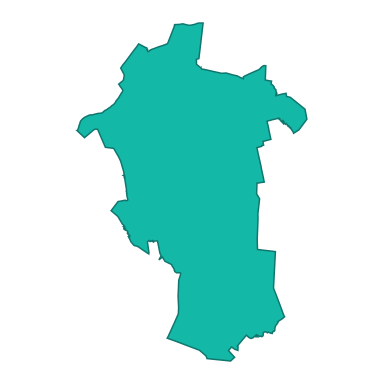 outline of Tila, Chiapas, Mexico
{"feature_id": "50627088B70545880619919", "entity_name": "Tila", "entity_type": "district", "adm_level": 2, "iso_a3": "MEX", "parent_name": "Mexico", "parent_adm1": "Chiapas", "projection": "natural_earth1", "projection_center": [-92.515, 17.37], "detail": "fine", "context": "isolated", "style": "filled", "palette": "teal", "viewbox_px": 384, "rotation_deg": 0, "n_neighbors": 0, "source": "geoboundaries", "source_scale": "gbopen_adm2", "svg_char_len": 5742}
<svg xmlns="http://www.w3.org/2000/svg" viewBox="0 0 384 384"><path d="M284.6,316.8L284.0,315.7L282.8,312.7L281.5,309.1L276.7,296.3L273.5,288.1L275.4,251.6L257.5,249.5L257.2,239.3L258.0,219.2L257.9,213.9L258.0,212.8L259.6,198.8L256.6,193.8L257.0,183.1L258.0,183.1L261.1,182.5L264.2,182.1L263.8,180.0L263.6,178.8L261.7,170.1L261.5,168.8L261.3,168.3L261.0,166.2L257.9,152.5L256.9,147.6L261.6,146.4L261.5,145.7L263.6,145.2L262.9,141.5L269.5,139.7L270.9,139.4L268.9,130.1L268.7,128.7L268.2,126.3L267.3,122.6L267.1,121.1L270.5,120.3L272.6,119.6L273.6,119.5L279.0,118.1L279.3,118.7L279.6,118.9L279.0,119.1L281.4,121.0L281.1,121.2L281.8,121.9L282.8,120.5L283.8,121.5L282.8,122.9L283.7,123.9L284.3,123.0L285.5,124.3L286.3,123.6L287.5,125.1L287.4,125.2L288.3,126.5L288.8,126.1L290.3,128.2L290.7,127.8L291.3,129.1L291.8,130.1L293.0,131.6L293.6,133.3L298.9,129.9L306.9,119.2L305.0,109.2L290.3,97.3L286.6,96.5L286.0,93.3L282.0,94.1L275.7,95.7L275.9,94.4L276.1,94.6L276.6,94.2L276.3,93.3L276.8,93.1L276.3,91.8L276.1,91.6L275.8,90.4L276.0,89.9L274.0,87.9L273.9,87.3L274.2,87.1L273.4,85.9L272.8,85.2L271.1,83.9L271.5,81.1L269.2,80.8L265.3,80.0L265.8,65.7L264.2,65.6L263.5,65.7L262.7,66.3L261.8,66.8L259.0,69.6L254.0,71.8L248.5,74.2L248.4,74.3L245.0,75.9L243.5,76.7L243.3,78.7L239.7,77.2L237.0,75.8L233.5,75.1L231.0,74.4L226.1,73.0L221.5,73.3L203.3,69.2L202.1,69.3L200.9,67.9L200.9,67.7L200.8,67.8L196.5,64.3L196.4,59.3L198.9,58.6L203.1,23.0L199.4,23.0L197.9,23.2L197.1,23.4L195.9,23.9L195.3,24.2L190.7,25.2L188.3,25.2L182.7,23.8L179.3,24.4L174.7,24.6L174.5,24.8L174.4,25.4L174.6,25.6L167.6,43.6L165.5,44.5L164.2,45.0L163.9,45.0L163.4,45.3L159.0,46.7L150.9,49.7L150.9,49.9L150.8,50.0L150.6,50.2L149.5,50.5L149.2,50.9L148.2,51.7L147.8,51.6L147.6,51.2L147.4,50.2L147.5,49.7L147.4,49.7L147.1,49.7L146.9,49.6L147.1,49.0L147.1,48.6L146.9,48.1L146.7,47.9L145.2,47.3L144.6,47.3L144.5,47.0L144.4,46.9L138.7,43.9L137.7,45.2L137.0,46.4L134.5,49.5L125.0,62.3L123.2,64.4L120.7,68.1L124.0,74.3L124.2,75.1L124.0,77.0L123.5,79.6L122.9,80.7L122.4,81.2L120.5,82.6L118.7,84.2L119.3,84.9L120.2,86.5L121.2,87.7L122.3,89.4L122.6,89.7L122.8,90.3L122.8,90.7L122.7,91.2L122.5,91.5L122.3,91.9L121.3,93.2L120.7,94.3L120.6,94.7L119.9,95.5L118.9,97.3L118.2,98.4L117.4,99.2L117.2,99.8L116.3,100.5L116.0,101.0L115.8,101.5L115.4,102.2L115.2,102.6L114.5,103.6L114.1,103.9L113.7,104.3L112.8,105.1L111.8,105.7L110.7,106.8L108.3,108.4L107.0,109.4L105.6,110.2L105.2,110.3L104.1,111.1L103.7,111.5L103.3,111.8L103.1,112.1L102.7,112.4L102.3,112.6L101.6,113.1L98.2,113.4L97.1,113.6L92.1,114.9L90.7,114.9L89.6,115.0L88.4,115.5L87.3,116.1L86.4,116.4L84.8,117.3L84.4,117.4L81.9,119.5L81.6,120.0L80.8,120.8L80.4,121.5L79.9,123.2L78.9,126.1L78.6,127.6L78.4,127.9L77.9,129.6L77.6,130.0L77.4,130.6L77.1,130.6L84.5,137.7L93.7,129.9L95.7,129.0L97.6,129.3L105.4,147.3L113.7,148.4L118.7,157.0L120.7,161.3L123.7,171.6L124.2,174.7L123.2,175.4L123.8,175.6L124.5,175.4L124.6,176.0L124.3,176.5L124.9,177.0L124.9,177.6L124.7,177.5L124.6,177.8L124.3,177.9L124.6,178.4L124.8,178.9L126.6,190.5L126.4,190.7L126.2,191.0L126.4,191.2L126.6,192.5L126.8,192.8L126.6,193.3L126.7,194.0L126.9,194.3L126.8,195.3L127.8,199.6L127.6,200.2L127.2,200.3L126.5,200.8L125.1,200.2L119.7,201.3L118.1,201.5L111.1,210.7L117.9,216.5L122.4,224.1L123.4,224.7L123.9,226.1L123.6,226.3L124.1,226.4L123.9,227.5L124.5,227.1L124.3,228.2L124.7,227.8L125.0,228.2L125.3,228.3L125.1,228.7L125.0,229.1L124.6,229.4L125.4,230.2L125.6,230.0L126.1,230.0L127.7,231.5L127.6,232.4L127.4,233.1L127.4,233.4L127.8,233.6L128.1,233.5L128.1,233.8L128.5,234.2L128.2,234.5L128.3,234.7L128.8,234.9L129.6,235.5L129.2,235.7L129.5,236.5L129.6,236.4L129.7,236.8L129.4,237.3L129.0,237.1L129.2,236.7L128.9,236.2L128.3,236.6L128.9,237.6L129.6,239.0L130.2,239.9L130.4,240.7L130.9,241.8L131.4,242.3L133.4,244.8L134.4,245.6L136.1,246.0L137.2,246.2L137.9,246.6L140.7,248.5L141.9,249.4L148.7,253.9L148.7,253.3L149.0,252.9L147.4,241.8L149.0,240.4L149.8,241.4L150.1,241.2L150.7,241.0L150.8,241.4L151.8,241.0L152.1,240.9L152.2,240.5L152.6,240.4L152.8,240.5L152.7,241.5L153.6,242.1L154.1,241.0L157.5,241.0L159.9,253.1L161.1,255.9L158.9,259.9L162.4,257.1L165.0,261.3L171.5,264.5L171.9,265.1L171.9,265.5L172.3,266.3L172.6,266.8L173.4,267.6L173.5,268.1L174.0,269.0L174.3,269.6L174.3,270.3L174.4,270.7L174.7,270.9L174.8,271.6L176.7,272.8L176.9,272.9L177.7,272.7L179.6,272.8L180.2,272.9L180.7,273.3L180.3,275.3L178.7,280.4L178.7,281.3L178.6,283.5L178.5,285.3L178.5,286.0L178.5,286.7L178.1,295.4L178.1,296.9L178.1,297.4L178.2,297.6L178.2,299.2L178.5,304.6L178.5,305.8L178.6,307.8L178.4,312.3L178.3,313.9L177.6,315.5L175.2,320.9L174.2,323.3L173.3,325.1L169.9,332.7L169.3,333.9L168.7,335.3L168.6,335.6L167.2,338.2L172.6,340.1L199.4,350.2L206.2,356.1L207.0,358.6L230.6,361.0L234.6,357.3L228.5,350.6L231.5,347.0L235.0,349.4L237.9,350.4L238.0,346.1L237.4,345.9L246.4,335.2L248.8,337.4L250.7,338.4L251.2,338.4L252.4,338.0L253.0,337.8L253.3,337.5L253.3,337.4L253.6,337.0L254.2,336.6L254.5,336.5L255.7,336.8L257.1,336.8L256.4,336.4L256.2,336.0L255.5,335.6L256.4,334.7L259.2,336.2L259.8,336.3L260.3,336.3L260.8,336.1L261.1,336.2L261.5,336.6L261.9,336.6L262.5,336.3L262.8,336.0L262.8,335.9L263.0,335.6L263.1,335.4L263.2,335.1L263.3,334.5L263.1,333.8L263.1,333.4L263.2,333.1L263.3,333.0L263.6,332.8L263.7,332.6L264.4,331.9L264.7,331.8L265.2,331.9L265.5,331.9L265.8,331.8L266.2,331.9L267.0,332.5L267.4,332.8L268.1,332.4L268.5,332.3L269.5,332.7L270.6,333.0L271.0,333.4L271.6,333.2L272.2,333.5L272.4,333.1L272.1,332.8L272.7,332.3L273.0,331.5L273.6,331.2L274.2,331.1L274.4,331.1L274.6,330.8L274.8,330.1L275.0,327.5L275.5,326.1L275.7,325.8L275.8,325.4L277.0,324.0L277.7,322.9L278.0,322.5L277.6,321.9L280.6,319.8L282.9,318.3L282.9,318.1L284.6,316.8Z" fill="#14b8a6" stroke="#0f766e" stroke-width="1.5"/></svg>